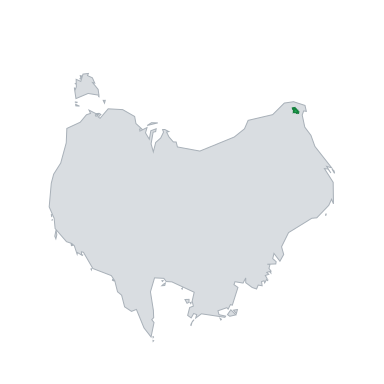 Boyup Brook, Western Australia, Australia shown in context, rotated 168°
{"feature_id": "25037944B18504039205701", "entity_name": "Boyup Brook", "entity_type": "district", "adm_level": 2, "iso_a3": "AUS", "parent_name": "Australia", "parent_adm1": "Western Australia", "projection": "robinson", "projection_center": [116.619, -33.886], "detail": "fine", "context": "in_parent", "style": "filled", "palette": "green", "viewbox_px": 384, "rotation_deg": 168, "n_neighbors": 0, "source": "geoboundaries", "source_scale": "gbopen_adm2", "svg_char_len": 4886}
<svg xmlns="http://www.w3.org/2000/svg" viewBox="0 0 384 384"><g transform="rotate(168 192 192)"><path d="M267.2,69.0L270.8,88.7L276.0,87.8L281.8,93.7L282.3,105.7L285.6,109.9L286.0,121.2L288.3,127.0L304.9,137.8L310.7,155.6L312.6,156.5L313.1,153.3L316.6,156.6L317.3,155.0L318.3,164.0L320.4,166.7L325.1,169.5L333.5,184.7L332.3,194.9L334.8,207.1L327.8,229.9L323.6,238.2L314.4,247.6L304.8,266.2L301.2,280.2L286.8,283.5L279.2,289.5L274.9,290.0L275.7,293.5L269.5,288.5L270.6,287.3L270.3,286.1L269.0,286.0L266.5,288.2L265.0,286.8L268.0,284.8L266.6,283.2L256.7,290.8L242.7,287.0L232.4,277.8L232.6,270.6L228.0,264.1L230.2,264.4L230.3,262.4L222.6,264.4L225.2,259.5L222.8,252.5L219.5,260.5L213.9,261.3L215.0,258.6L217.6,258.6L222.0,247.6L221.5,239.3L217.2,248.0L211.4,251.3L207.4,256.5L207.8,259.2L205.6,258.8L202.1,255.9L204.4,255.9L203.1,250.7L199.9,244.9L197.1,244.2L196.9,239.1L175.8,230.4L139.2,237.0L127.5,242.9L122.2,250.4L97.0,250.9L83.2,259.8L73.9,259.2L63.5,253.2L63.4,247.1L65.9,248.1L68.2,244.4L68.2,232.0L63.9,222.7L62.3,211.0L50.3,186.5L55.0,189.1L52.2,181.7L54.1,186.1L57.6,187.4L51.9,172.1L56.1,151.0L57.0,155.9L61.0,150.5L75.3,140.8L80.3,141.4L106.0,132.2L115.8,119.8L115.3,111.8L120.4,106.0L124.6,114.9L126.9,110.0L124.2,106.4L125.0,104.2L133.4,105.7L130.8,104.9L132.6,101.3L131.1,98.2L135.6,97.8L134.0,95.5L137.7,95.1L136.5,91.8L139.8,88.0L140.0,90.2L142.6,89.9L142.9,85.7L146.6,87.2L149.0,83.7L153.0,86.1L158.3,92.1L157.3,96.8L161.0,92.3L168.6,95.3L170.2,92.7L166.9,89.1L176.1,72.9L177.8,73.9L181.0,69.9L182.0,71.6L191.3,70.4L191.1,66.4L184.9,63.6L185.9,62.6L208.1,70.9L214.6,67.9L212.9,71.1L215.6,72.8L219.0,69.0L221.9,72.2L218.3,79.5L214.4,80.1L214.5,85.3L210.7,93.5L230.4,108.3L235.9,109.8L237.5,113.4L246.5,115.8L253.4,103.0L254.4,84.2L255.6,77.1L257.9,75.5L256.3,72.2L262.2,58.7L267.2,69.0ZM262.9,306.0L273.1,310.0L286.1,307.5L285.4,318.6L284.8,316.6L283.2,319.0L281.9,326.3L277.8,323.3L274.1,330.0L268.7,329.5L270.0,327.6L265.7,324.4L264.5,318.7L266.5,319.7L262.5,311.9L262.9,306.0ZM174.5,62.7L180.9,62.6L182.8,64.7L178.5,68.7L174.5,62.7ZM211.1,266.7L222.0,266.4L217.2,268.2L211.1,266.7ZM220.0,84.2L221.2,88.3L217.2,87.6L217.9,84.7L220.0,84.2ZM333.0,182.9L333.1,178.3L334.9,174.5L335.4,177.3L333.0,182.9ZM284.2,299.4L287.7,300.4L287.6,301.9L284.2,299.4ZM173.8,63.9L176.0,67.8L172.0,67.6L173.8,63.9ZM259.8,300.1L257.8,299.7L259.1,297.1L259.8,300.1ZM241.0,106.6L239.0,107.8L237.0,108.5L238.1,106.2L241.0,106.6ZM50.3,185.4L48.7,183.2L48.6,181.1L48.9,181.0L50.3,185.4ZM286.6,303.4L287.8,304.5L285.3,303.6L286.6,303.4ZM319.7,164.6L321.1,164.6L321.0,166.6L319.7,164.6ZM286.5,121.0L288.2,122.2L287.9,122.9L286.5,121.0ZM277.1,327.3L277.1,329.1L275.8,328.5L277.1,327.3ZM334.4,196.6L334.3,199.1L334.1,199.1L334.4,196.6ZM190.8,62.5L189.7,61.4L190.4,60.8L190.8,62.5ZM220.6,62.7L219.0,64.7L220.9,61.2L220.6,62.7ZM334.8,193.6L334.1,194.4L334.6,193.5L334.8,193.6ZM222.2,99.6L221.3,100.0L221.8,99.0L222.2,99.6ZM216.8,84.1L215.7,84.3L216.4,83.1L216.8,84.1ZM66.2,140.9L65.8,142.6L65.3,142.5L66.2,140.9ZM260.3,57.7L260.2,59.1L259.8,58.1L260.3,57.7ZM269.0,286.7L269.2,287.5L268.8,287.3L269.0,286.7ZM218.6,65.3L216.5,66.7L218.7,64.9L218.6,65.3ZM136.7,89.8L135.9,90.8L136.4,89.6L136.7,89.8ZM278.1,326.0L277.4,326.3L277.8,325.7L278.1,326.0ZM239.9,111.4L238.7,111.4L239.4,110.6L239.9,111.4ZM132.3,97.1L131.7,97.6L131.7,96.3L132.3,97.1ZM283.7,322.2L282.7,322.7L283.1,321.7L283.7,322.2ZM261.1,54.0L261.0,54.9L260.4,54.5L261.1,54.0ZM268.3,287.8L269.2,288.6L267.7,288.4L268.3,287.8ZM306.9,137.7L306.2,137.8L306.5,136.7L306.9,137.7ZM312.4,153.2L312.0,153.2L312.4,152.4L312.4,153.2ZM263.5,304.7L263.2,305.3L263.1,304.5L263.5,304.7Z" fill="#d9dde1" stroke="#a8b0b8" stroke-width="1"/><path d="M71.7,249.2L71.7,249.4L71.7,249.7L71.7,249.8L71.8,249.8L71.8,250.0L72.0,250.1L72.3,250.1L72.5,250.2L72.6,250.5L72.8,250.7L72.9,250.8L72.9,251.0L73.0,251.0L72.9,251.1L72.9,251.3L72.9,251.5L73.0,251.5L73.4,251.7L73.5,251.7L73.8,251.7L73.8,251.9L73.8,252.0L73.6,252.1L73.6,252.3L73.8,252.4L74.0,252.4L74.0,252.5L73.9,252.7L73.9,252.8L73.9,253.0L74.6,252.9L74.8,252.9L75.0,252.9L75.0,253.2L75.3,253.2L75.5,253.2L75.8,253.2L76.2,253.2L76.2,252.9L76.2,252.7L76.2,252.2L75.9,252.1L75.7,252.0L75.7,251.8L75.8,251.7L75.6,251.5L75.6,251.3L75.5,251.2L75.5,250.9L75.4,250.9L75.3,250.7L75.5,250.7L75.7,250.4L75.7,250.2L75.7,249.9L75.7,249.7L75.7,249.4L75.7,249.2L75.8,249.2L75.7,248.9L75.8,248.8L75.7,248.8L75.7,248.7L75.4,248.5L75.5,248.5L75.4,248.5L75.2,248.5L74.9,248.6L74.7,248.5L74.7,248.4L74.4,248.4L74.2,248.3L73.8,248.3L73.7,248.3L73.7,248.1L73.5,247.9L73.5,248.0L73.4,248.0L73.4,247.9L73.2,247.8L73.2,247.7L72.9,247.6L72.5,247.5L72.4,247.5L72.5,247.4L72.4,247.4L72.1,247.3L71.7,247.1L71.7,247.7L71.8,247.7L71.8,247.9L71.8,248.0L71.7,248.1L71.8,248.1L71.8,248.3L71.7,248.3L71.8,248.4L71.9,248.6L72.0,248.6L72.0,248.8L71.9,248.8L71.9,249.2L71.7,249.2Z" fill="#22c55e" stroke="#15803d" stroke-width="1.5"/></g></svg>